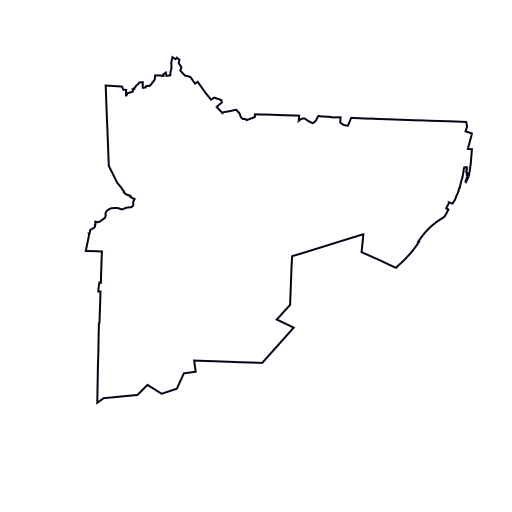 Ainažu pag., Salacgrivas, Latvia (orthographic projection), rotated 194°
{"feature_id": "27541924B96759845375201", "entity_name": "Ainažu pag.", "entity_type": "district", "adm_level": 2, "iso_a3": "LVA", "parent_name": "Latvia", "parent_adm1": "Salacgrivas", "projection": "orthographic", "projection_center": [24.506, 57.884], "detail": "fine", "context": "isolated", "style": "outline", "palette": "ink", "viewbox_px": 512, "rotation_deg": 194, "n_neighbors": 0, "source": "geoboundaries", "source_scale": "gbopen_adm2", "svg_char_len": 5575}
<svg xmlns="http://www.w3.org/2000/svg" viewBox="0 0 512 512"><g transform="rotate(194 256 256)"><path d="M443.1,385.0L442.9,384.5L441.6,379.9L439.3,371.9L438.0,367.4L434.4,355.0L429.9,339.8L429.9,339.6L429.5,338.3L426.9,329.4L425.7,325.2L425.7,325.3L423.3,316.9L420.6,307.8L412.9,298.8L408.6,293.7L402.9,289.4L401.2,287.6L400.8,287.5L399.8,286.9L399.6,285.8L399.2,285.5L398.7,285.3L398.0,284.9L397.6,284.7L397.3,284.4L395.6,284.3L395.0,284.3L394.4,283.9L393.6,284.1L393.4,284.0L393.2,283.9L392.8,284.0L392.6,283.8L392.4,283.4L392.3,283.1L391.9,283.3L391.7,283.5L391.4,283.2L391.3,282.8L391.2,282.6L390.7,282.6L390.1,282.3L390.0,282.2L389.7,282.2L389.2,282.2L388.8,282.0L388.2,282.2L387.6,282.0L387.8,280.9L388.1,279.5L388.1,277.7L387.5,276.5L387.5,275.4L387.8,274.4L388.7,273.2L391.5,272.3L393.8,271.3L396.6,269.2L398.1,268.7L400.8,269.1L403.0,268.9L406.0,268.0L407.9,267.3L409.0,266.6L410.5,265.2L411.1,264.4L411.8,263.3L412.3,261.8L412.3,260.6L411.7,259.3L411.7,256.9L412.4,255.7L413.9,253.9L416.2,251.3L417.6,250.6L418.5,250.5L420.2,250.5L420.2,249.7L420.0,249.3L419.7,248.9L419.5,248.6L419.4,248.2L419.7,247.7L419.8,247.4L419.9,247.2L419.8,246.9L419.7,246.9L419.7,246.7L419.4,246.2L419.3,245.6L419.8,244.4L423.0,241.3L423.1,241.1L423.1,240.9L423.0,239.8L423.0,237.3L423.1,237.2L423.6,237.2L423.3,236.7L423.1,236.1L423.0,233.9L422.8,230.5L422.4,219.7L422.1,219.7L415.8,221.2L410.6,222.3L406.6,223.1L406.5,222.7L404.0,210.6L403.8,209.8L400.2,193.0L400.2,192.9L400.1,192.5L401.5,192.4L401.3,190.0L401.0,186.2L400.4,183.4L398.3,183.9L397.4,179.9L391.7,153.2L392.1,152.6L389.9,142.7L385.1,121.9L383.9,116.2L382.7,110.7L374.5,75.2L369.4,81.2L337.4,92.5L330.1,104.7L314.3,99.5L300.7,108.1L297.6,124.7L286.5,129.1L290.7,139.6L277.8,142.3L274.8,143.0L256.7,146.8L251.6,147.9L246.8,148.8L245.3,149.2L233.8,151.7L224.1,153.8L202.1,195.6L220.5,199.4L211.1,216.8L219.7,257.9L219.6,258.0L220.9,264.4L220.9,264.6L212.5,269.5L192.4,281.7L180.8,288.8L158.1,302.5L157.1,303.0L156.8,301.3L154.5,285.3L147.8,284.1L142.7,283.2L138.3,282.4L138.2,282.5L122.4,279.3L117.9,278.5L117.4,278.4L116.5,279.4L116.4,280.1L113.8,283.9L111.5,287.5L109.7,290.6L106.5,296.5L105.1,299.4L103.8,302.4L101.3,309.0L102.1,309.1L101.8,309.7L100.7,312.7L99.1,316.5L98.2,318.5L97.5,319.9L94.8,324.7L94.8,324.8L93.4,326.8L93.3,327.1L91.4,329.6L89.4,332.3L87.3,334.7L82.6,339.7L82.3,341.1L82.1,341.4L81.1,345.0L80.6,347.7L82.9,348.2L83.0,348.6L82.4,350.8L81.5,354.4L81.7,354.7L78.0,354.4L77.2,356.6L76.6,358.4L76.3,360.4L76.1,362.5L76.0,363.0L75.6,365.2L75.2,367.9L75.3,367.9L75.3,369.7L75.2,371.2L74.8,371.3L74.9,373.2L75.0,374.9L74.9,377.6L74.9,379.2L74.9,380.1L74.6,382.4L74.9,382.5L74.9,382.8L74.8,385.1L75.4,390.7L75.4,392.3L75.2,392.4L74.8,392.4L74.5,392.7L74.1,392.9L73.4,393.2L73.2,393.2L72.8,392.8L72.5,392.6L72.5,392.4L72.8,392.1L72.9,391.9L72.5,391.4L72.5,390.7L72.4,390.4L72.3,390.2L72.5,389.6L72.5,389.4L72.5,389.2L72.4,388.8L72.3,388.3L72.1,388.1L71.9,387.9L71.7,387.9L71.4,387.9L71.1,387.8L71.1,387.7L71.0,387.2L71.1,386.8L71.2,386.4L71.2,385.9L71.2,385.7L70.8,385.5L70.4,385.4L70.1,385.3L69.9,385.2L69.8,384.9L70.1,384.0L70.1,383.7L70.3,383.3L70.6,382.9L70.5,382.7L70.4,382.6L70.1,382.0L70.2,381.8L70.7,380.2L70.8,379.7L70.8,379.3L70.8,379.2L70.4,378.9L70.4,378.5L70.2,378.4L69.5,381.4L69.3,382.4L69.2,383.4L69.1,383.9L69.0,384.9L68.9,385.4L68.9,385.9L68.9,386.5L69.0,387.5L69.3,390.6L69.8,395.8L69.9,396.9L70.0,397.6L70.3,399.6L70.9,403.2L71.9,409.4L72.1,410.5L72.3,411.8L76.4,411.2L76.1,423.9L76.2,427.2L82.8,427.6L82.5,432.7L84.5,436.9L93.3,435.1L101.4,433.4L109.6,431.6L117.7,429.8L122.8,428.7L127.0,427.9L134.4,426.2L157.2,421.4L163.7,420.0L168.4,419.0L173.1,418.0L174.8,417.7L175.6,417.5L175.8,417.6L177.6,417.1L182.8,415.9L185.3,415.4L191.0,414.3L197.1,413.0L197.5,410.1L198.3,404.6L202.6,404.3L206.5,405.8L207.3,409.7L207.3,409.9L207.5,411.0L208.1,410.9L214.5,409.2L217.7,408.8L217.5,408.0L218.1,408.9L224.0,407.7L228.0,407.0L229.1,407.2L230.0,405.3L229.9,404.5L230.4,403.1L230.9,401.3L231.3,400.7L232.4,399.2L233.1,398.7L233.7,398.6L237.5,399.5L239.5,400.2L241.4,401.0L242.5,401.1L243.8,400.7L244.3,400.4L244.8,400.1L245.5,399.6L246.1,399.0L247.1,397.7L247.1,397.8L247.4,399.1L248.1,402.6L255.1,401.1L263.7,399.2L271.4,397.6L279.1,396.0L286.7,394.2L291.3,393.2L290.8,390.5L293.7,388.5L297.9,385.6L298.0,385.7L298.2,386.0L298.4,386.1L298.7,386.2L298.9,386.1L299.2,386.2L299.5,386.1L300.6,386.2L301.3,385.9L301.5,385.8L301.7,385.7L302.8,386.2L303.5,386.6L303.8,386.8L304.2,387.0L304.5,387.5L304.8,387.8L305.3,388.6L305.5,389.0L306.0,389.8L307.2,390.9L307.3,391.1L308.3,391.5L308.7,391.7L309.7,392.6L310.3,393.1L311.9,392.5L316.5,390.2L322.4,387.6L323.0,386.5L330.2,391.1L326.3,396.8L327.3,398.9L334.8,399.6L337.5,396.8L338.6,397.7L344.6,402.2L354.7,410.9L356.9,408.5L362.3,413.3L362.6,413.5L363.1,413.7L363.6,413.9L368.7,413.9L374.3,417.6L374.1,421.1L377.7,424.5L377.8,428.0L380.7,429.1L380.7,428.8L380.8,428.7L381.1,428.3L381.8,427.5L385.2,428.7L385.1,426.1L385.0,423.5L384.2,420.4L383.4,417.4L383.4,417.0L383.4,416.2L383.5,415.1L383.5,414.5L383.5,414.0L383.4,413.1L383.2,411.9L383.0,411.3L382.9,410.5L386.5,409.1L387.7,411.9L387.9,412.2L388.8,411.0L389.7,410.0L390.0,409.7L389.3,408.4L390.7,407.9L392.5,408.1L395.2,407.4L396.9,406.9L397.1,406.8L397.5,406.8L396.9,402.8L399.3,397.0L400.3,395.4L403.7,394.3L403.8,392.9L406.5,391.8L406.9,392.8L407.9,397.2L411.1,396.2L411.8,394.6L413.4,392.4L414.7,388.8L414.8,388.8L414.6,388.4L416.1,388.0L415.2,385.8L419.9,382.9L420.8,379.6L422.2,385.7L425.0,385.2L427.0,388.0L437.4,386.1L443.1,385.0Z" fill="none" stroke="#020617" stroke-width="2"/></g></svg>